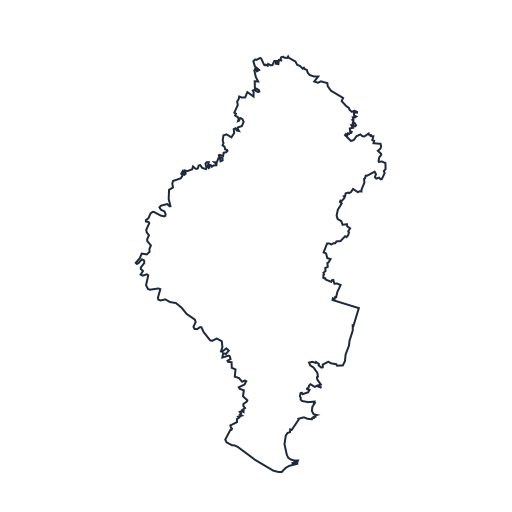 Bekasi, Jawa Barat, Indonesia (Mercator projection), rotated 197°
{"feature_id": "22746128B74302729610221", "entity_name": "Bekasi", "entity_type": "district", "adm_level": 2, "iso_a3": "IDN", "parent_name": "Indonesia", "parent_adm1": "Jawa Barat", "projection": "mercator", "projection_center": [107.099, -6.2], "detail": "fine", "context": "isolated", "style": "outline", "palette": "slate", "viewbox_px": 512, "rotation_deg": 197, "n_neighbors": 0, "source": "geoboundaries", "source_scale": "gbopen_adm2", "svg_char_len": 6129}
<svg xmlns="http://www.w3.org/2000/svg" viewBox="0 0 512 512"><g transform="rotate(197 256 256)"><path d="M231.7,71.4L229.7,69.2L223.5,68.0L221.4,68.6L217.6,68.1L197.3,60.8L176.8,55.8L171.5,56.0L168.3,56.9L165.7,62.0L162.9,65.0L155.8,69.3L156.0,70.0L157.3,70.0L161.4,68.2L156.2,71.6L156.1,72.7L159.6,71.6L163.6,71.6L166.2,72.5L168.5,75.0L173.8,84.5L175.0,93.1L174.1,96.0L172.0,97.5L172.6,100.2L171.0,100.1L167.4,111.9L167.9,112.7L163.1,115.7L158.8,115.4L154.9,116.2L155.1,117.1L153.4,117.9L153.9,118.8L152.1,119.7L152.7,120.9L151.5,121.7L154.6,121.5L157.3,124.2L158.0,128.2L156.8,132.5L157.6,132.4L157.5,133.9L163.3,131.5L169.6,130.8L171.3,131.7L171.7,133.4L173.0,134.7L173.3,137.9L172.1,138.6L171.0,137.5L166.3,140.9L165.7,143.6L168.2,143.6L168.4,144.2L167.3,145.3L167.4,147.4L166.4,149.3L161.5,148.0L160.1,149.5L154.9,149.1L158.6,150.6L156.4,152.0L161.3,155.8L162.3,157.9L161.5,158.7L163.1,162.1L168.2,166.1L172.2,167.3L174.1,169.6L171.0,171.3L167.8,171.2L167.6,172.2L164.2,171.0L164.1,169.7L161.0,168.4L159.6,169.1L160.4,171.7L156.0,176.0L152.6,175.3L147.7,176.0L146.5,174.8L141.0,176.7L140.2,181.4L141.5,188.1L140.9,197.3L141.8,202.5L141.7,213.2L143.2,217.8L142.4,217.6L142.4,236.2L170.0,236.3L170.1,238.0L168.3,237.8L168.3,240.0L167.3,240.1L167.7,245.1L166.6,253.0L170.4,253.4L172.9,252.4L175.1,255.7L176.3,255.0L176.5,253.3L182.1,253.8L183.4,254.5L183.2,255.9L183.5,254.5L185.3,254.8L186.0,257.6L185.5,258.3L186.6,259.7L185.1,262.1L186.3,264.7L184.2,266.6L185.7,270.2L184.8,271.0L183.8,274.9L187.2,274.8L189.7,278.9L192.4,279.2L191.7,288.7L189.8,289.4L187.2,289.1L185.6,290.9L184.0,291.3L183.3,293.5L179.6,294.9L176.5,301.0L175.0,300.5L174.0,302.5L174.0,305.7L175.0,306.5L174.1,310.0L177.4,311.0L178.3,313.0L182.3,311.2L184.6,314.2L188.8,315.3L190.7,318.2L191.3,324.1L189.4,331.4L191.5,332.2L191.4,333.6L190.3,333.4L188.6,336.9L188.4,338.2L189.4,338.8L188.3,339.5L188.6,342.1L186.4,343.6L185.4,343.3L183.8,345.0L182.8,348.5L177.2,346.8L176.0,348.1L174.0,348.5L174.5,350.3L173.8,357.9L175.2,361.3L174.4,362.2L174.6,364.9L173.2,365.3L167.2,371.3L165.2,369.3L165.3,366.1L163.5,365.2L161.3,366.9L159.3,365.8L158.2,366.2L157.2,372.9L158.6,374.6L157.5,377.0L159.4,382.7L163.2,383.2L166.0,381.9L166.5,382.4L167.0,386.3L165.8,389.3L166.4,390.4L170.2,392.2L168.4,395.0L168.4,397.4L169.7,399.7L176.6,398.2L176.7,400.7L177.2,400.6L178.7,400.9L178.8,404.8L181.3,404.3L181.4,405.2L183.3,405.0L184.1,406.1L187.4,401.9L189.4,401.7L191.7,402.8L194.9,399.9L196.5,395.4L198.8,393.8L206.2,397.6L205.7,399.0L203.9,398.5L204.0,400.1L202.6,400.0L202.5,400.8L200.9,401.6L200.8,402.7L202.5,402.9L203.6,405.4L200.8,406.9L203.1,409.0L201.6,409.7L201.5,409.0L199.3,408.8L198.5,410.2L201.3,412.6L200.9,411.7L202.2,410.4L202.4,413.8L203.6,414.3L202.8,415.1L204.0,416.9L201.9,417.4L200.9,418.7L203.2,419.0L204.4,421.8L201.4,422.6L201.5,423.3L204.2,423.7L206.7,421.9L209.5,423.3L210.5,424.8L213.3,425.6L219.4,429.2L218.9,432.6L232.7,436.0L237.2,439.5L238.3,442.2L245.0,442.0L247.4,439.8L251.3,439.9L249.0,445.8L253.2,444.6L257.6,444.8L260.1,446.4L261.8,448.8L264.0,449.0L265.2,450.0L265.9,448.8L269.6,450.6L272.6,450.9L275.1,453.5L283.0,455.2L283.2,455.8L283.6,456.2L284.0,454.6L286.9,453.9L288.3,454.5L290.0,453.4L290.2,451.0L288.3,450.4L291.4,450.1L290.7,446.0L293.3,445.7L293.5,447.0L292.2,447.8L292.3,448.8L295.5,447.9L296.1,443.4L297.7,442.7L300.5,443.2L300.4,441.3L302.6,441.9L303.2,441.0L304.3,441.3L308.7,446.3L309.9,446.6L312.9,443.7L314.2,443.7L315.5,441.5L312.5,437.0L307.4,434.8L309.1,432.9L311.4,435.2L311.8,432.9L308.5,427.1L305.0,423.5L308.3,422.7L306.2,416.4L301.9,415.6L300.9,414.2L301.7,413.5L303.7,413.6L306.0,414.6L307.4,413.3L306.2,412.1L305.0,407.8L312.2,410.2L312.7,404.5L315.8,403.4L318.7,403.6L318.4,401.2L319.2,398.2L317.6,395.2L318.6,386.7L316.8,386.2L317.0,384.2L313.8,383.4L312.6,381.7L312.6,379.8L311.7,380.6L311.8,383.0L311.0,383.4L308.9,382.8L307.0,380.6L307.5,376.1L310.9,373.7L310.7,372.2L308.9,370.6L311.1,370.4L312.9,372.2L314.4,370.8L312.8,367.2L314.2,362.3L319.8,363.7L322.4,361.8L321.6,356.6L320.1,354.5L320.3,352.0L318.1,351.4L316.8,349.0L314.7,349.0L314.0,348.2L314.8,346.6L317.1,345.3L316.7,342.1L320.3,342.1L321.0,341.5L319.9,339.9L316.7,339.9L315.9,337.7L317.6,336.2L318.9,338.7L320.5,338.5L320.9,334.1L323.1,333.5L320.6,332.4L320.4,331.2L323.2,330.1L324.3,328.5L325.6,329.6L326.9,329.5L326.4,326.8L327.0,326.2L328.3,327.4L328.6,331.9L330.7,331.2L331.3,329.5L329.3,326.1L329.3,324.5L333.2,324.5L335.8,326.6L337.3,325.7L337.2,323.0L337.9,322.1L339.5,321.8L342.4,323.2L342.4,320.2L346.7,317.0L349.0,317.0L347.3,314.1L348.2,312.8L349.2,313.3L349.9,315.7L350.9,316.0L351.5,312.8L349.7,311.8L350.6,308.3L357.3,303.5L357.2,300.7L355.4,297.3L358.5,293.9L356.2,285.1L352.4,278.6L353.2,278.3L356.1,279.7L361.5,276.4L362.6,274.3L360.5,272.5L356.5,271.8L354.6,269.4L354.5,267.9L355.3,267.1L359.1,266.8L366.4,268.3L367.8,267.9L369.3,265.9L369.9,260.6L371.8,258.0L371.3,256.8L368.6,257.1L367.7,256.3L368.6,248.9L367.5,246.7L364.4,244.4L365.0,240.4L364.3,238.4L359.6,235.4L360.0,231.6L359.0,228.9L360.9,225.6L366.0,224.9L366.5,219.9L369.0,214.3L367.8,213.6L366.4,214.6L364.1,219.5L361.7,219.0L360.8,216.7L362.8,211.3L362.5,210.0L359.7,208.6L360.9,204.5L358.6,204.1L355.0,206.6L353.4,206.0L352.6,195.9L349.7,192.9L347.7,192.7L339.9,196.4L337.8,196.3L337.6,187.5L336.6,185.7L334.2,185.6L330.0,188.0L324.8,186.8L318.8,187.6L311.9,184.7L305.4,180.3L295.9,177.3L294.4,175.2L295.1,170.0L293.5,168.3L291.0,168.8L288.7,171.6L287.4,171.9L283.7,167.8L275.1,161.9L273.1,162.1L269.4,165.6L263.8,164.5L261.5,159.1L261.6,154.5L260.5,154.6L257.3,159.0L254.4,157.6L256.1,153.5L259.0,153.4L258.5,149.1L253.1,152.7L251.8,152.5L250.2,150.0L252.6,147.5L251.7,146.6L248.3,147.3L246.5,142.0L242.4,141.5L241.0,134.4L236.6,134.3L232.5,131.7L230.2,133.7L228.7,133.4L229.5,129.6L234.1,125.4L232.7,124.2L228.4,124.0L227.4,118.0L222.1,115.5L222.2,114.2L224.8,110.7L224.2,108.8L222.0,107.4L224.0,104.8L222.6,104.3L222.3,103.2L224.3,103.5L225.9,102.2L224.3,101.3L225.0,99.8L222.8,99.3L226.0,97.2L224.8,96.6L226.6,94.5L225.6,91.6L231.0,86.5L229.7,84.4L228.5,84.0L228.7,82.5L229.7,82.1L231.7,71.4Z" fill="none" stroke="#1e293b" stroke-width="2"/></g></svg>